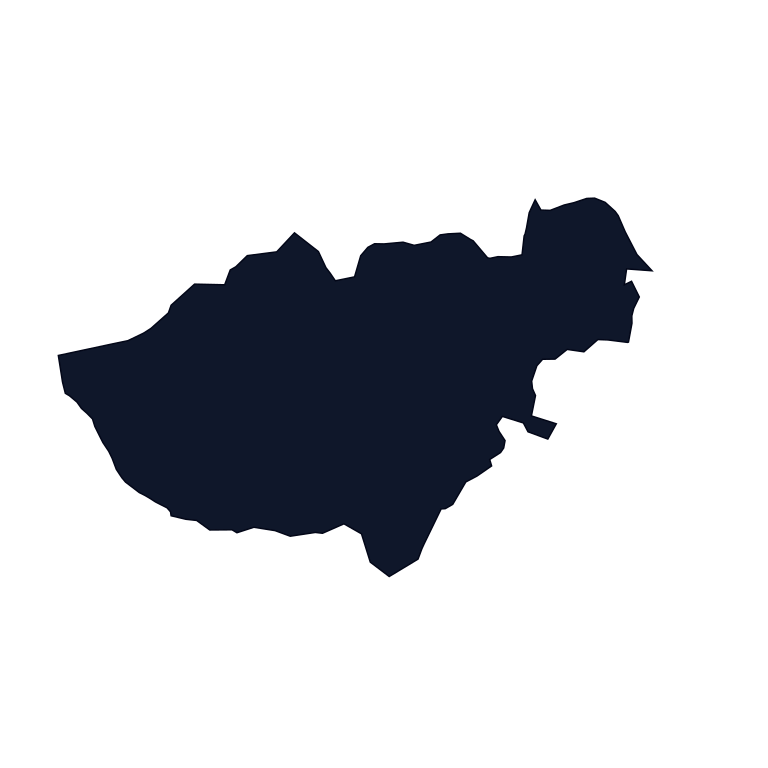 outline of Essien Udim, Akwa Ibom, Nigeria, rotated 334°
{"feature_id": "59680162B25032665557199", "entity_name": "Essien Udim", "entity_type": "district", "adm_level": 2, "iso_a3": "NGA", "parent_name": "Nigeria", "parent_adm1": "Akwa Ibom", "projection": "mercator", "projection_center": [7.658, 5.098], "detail": "fine", "context": "isolated", "style": "filled", "palette": "ink", "viewbox_px": 768, "rotation_deg": 334, "n_neighbors": 0, "source": "geoboundaries", "source_scale": "gbopen_adm2", "svg_char_len": 1834}
<svg xmlns="http://www.w3.org/2000/svg" viewBox="0 0 768 768"><g transform="rotate(334 384 384)"><path d="M444.8,504.8L445.9,498.2L458.7,496.7L463.5,494.0L468.0,487.9L466.6,477.0L467.1,469.9L476.2,465.0L492.2,480.1L492.5,490.1L507.1,505.3L521.4,495.3L502.5,477.3L515.1,460.8L515.4,453.3L518.0,446.1L529.4,434.6L537.4,431.3L548.7,436.6L563.8,433.2L577.8,442.7L595.7,437.8L604.5,442.5L621.2,453.4L622.1,453.5L633.5,438.1L636.6,431.4L641.6,425.5L651.6,417.7L651.5,400.2L643.5,400.2L652.5,386.9L674.5,399.7L668.1,378.5L667.5,353.0L668.3,335.4L667.4,330.2L662.4,317.7L654.8,309.3L647.6,306.1L634.2,304.3L624.4,302.1L609.5,300.8L601.3,296.5L600.6,284.7L593.6,290.4L589.6,293.7L580.5,306.2L576.5,311.1L574.9,312.3L564.7,328.4L558.1,326.7L554.0,325.6L548.4,322.7L542.2,319.5L534.3,317.5L532.4,316.0L526.9,294.4L525.1,292.0L518.8,282.0L507.3,277.1L499.8,274.6L488.5,277.0L471.9,272.6L463.3,264.9L445.4,258.1L437.0,253.8L429.4,254.1L419.3,258.5L404.5,274.8L385.5,269.9L384.2,260.8L382.8,254.0L383.1,236.2L369.8,208.9L345.5,218.2L317.4,208.7L302.2,213.7L295.8,214.1L284.3,225.0L257.5,211.2L227.2,219.9L221.4,225.6L198.8,231.9L190.1,232.9L172.8,232.8L156.6,228.7L103.8,215.6L97.5,236.2L96.0,241.0L95.6,242.7L93.5,252.7L96.1,256.6L100.1,265.6L101.4,273.4L104.1,279.9L106.7,287.6L105.5,295.4L105.6,307.1L105.7,313.5L107.1,323.9L107.1,331.7L106.0,343.4L106.8,349.6L107.4,353.7L108.7,358.9L112.6,366.6L116.5,374.4L117.4,375.5L120.4,379.5L123.0,383.4L126.9,389.8L130.8,395.0L134.7,400.1L136.1,405.3L134.9,409.1L146.6,418.7L155.8,424.5L163.4,438.8L183.5,448.4L186.6,453.2L204.2,455.7L221.8,468.0L233.0,479.7L257.2,487.3L263.3,491.2L286.7,492.1L298.1,508.8L293.6,538.1L304.3,559.3L337.8,556.3L345.8,548.7L350.2,545.1L380.6,521.3L384.4,522.9L393.0,522.3L414.6,507.9L427.2,507.5L444.8,504.8Z" fill="#0f172a" stroke="#020617" stroke-width="1.5"/></g></svg>